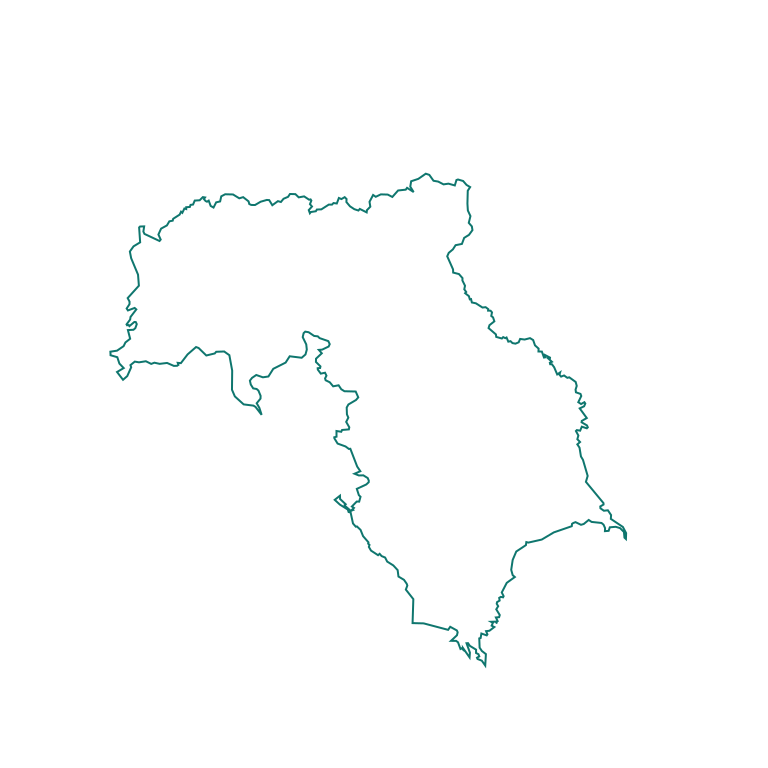 the district of Brebes, Jawa Tengah, Indonesia, rotated 139°
{"feature_id": "22746128B82312103386068", "entity_name": "Brebes", "entity_type": "district", "adm_level": 2, "iso_a3": "IDN", "parent_name": "Indonesia", "parent_adm1": "Jawa Tengah", "projection": "natural_earth1", "projection_center": [108.937, -7.053], "detail": "fine", "context": "isolated", "style": "outline", "palette": "teal", "viewbox_px": 768, "rotation_deg": 139, "n_neighbors": 0, "source": "geoboundaries", "source_scale": "gbopen_adm2", "svg_char_len": 6166}
<svg xmlns="http://www.w3.org/2000/svg" viewBox="0 0 768 768"><g transform="rotate(139 384 384)"><path d="M571.5,585.1L567.7,579.2L570.3,573.0L570.0,566.8L577.6,568.2L578.2,558.4L572.6,558.4L563.8,562.5L563.0,564.6L557.4,564.4L554.7,561.1L548.8,557.4L546.5,551.9L543.3,550.7L540.1,546.4L533.9,542.2L530.7,535.5L528.2,533.5L526.6,533.3L525.8,535.3L523.6,533.0L512.8,535.2L501.6,535.2L500.3,532.8L499.4,522.1L491.7,518.1L489.5,518.4L483.3,513.4L481.8,507.2L489.8,493.7L502.5,479.4L504.7,472.5L503.3,460.7L496.7,453.3L496.0,451.0L496.6,441.0L493.7,447.8L492.7,453.0L486.8,454.0L484.9,456.0L483.1,461.4L483.4,463.8L485.6,466.5L484.9,471.0L483.0,474.5L479.6,475.2L474.5,474.6L471.0,468.5L466.3,465.5L457.6,468.1L444.2,464.7L437.0,466.8L428.9,457.8L423.9,457.8L419.7,460.6L416.7,464.9L414.6,472.7L411.3,475.1L409.1,475.2L406.9,472.5L405.2,466.1L402.7,463.4L402.5,460.9L397.9,452.9L398.8,449.7L401.2,448.6L408.1,450.5L410.8,452.5L410.8,448.0L418.7,447.7L420.9,445.3L420.4,439.0L421.7,438.0L423.7,439.4L424.5,438.3L424.9,433.3L421.1,431.2L422.0,428.0L424.8,426.9L425.6,425.1L423.8,420.9L423.9,415.6L419.1,412.8L419.7,408.1L418.6,404.5L410.3,396.9L412.2,390.8L415.6,390.3L424.3,391.9L427.6,390.7L431.9,385.4L433.0,382.0L437.4,380.2L438.6,374.1L440.3,372.8L445.8,376.8L447.6,376.0L450.7,379.7L454.4,375.4L456.5,376.4L457.1,375.5L458.1,369.5L454.0,362.1L453.1,358.0L451.9,357.2L458.4,339.3L459.1,333.7L465.1,335.6L463.0,331.5L459.5,328.6L458.0,323.7L458.9,321.0L460.0,319.9L463.3,319.8L473.3,322.7L475.9,316.6L475.7,314.3L479.9,311.5L481.7,313.2L488.6,312.6L488.0,310.2L490.2,310.1L490.0,309.2L492.3,310.0L493.3,317.0L493.2,318.4L491.8,318.4L492.6,326.0L490.5,328.6L497.2,328.9L496.4,321.9L493.7,313.0L494.7,310.6L493.5,308.9L498.9,299.1L498.9,294.8L497.9,294.3L497.4,289.3L499.6,282.9L499.6,274.7L500.7,273.9L500.5,272.1L502.3,271.0L503.1,266.8L500.8,258.7L498.7,258.7L498.7,255.7L497.0,252.3L498.1,247.9L496.0,241.0L495.8,234.6L499.4,229.2L497.4,223.1L497.9,218.4L498.6,216.6L502.4,214.5L503.0,202.4L519.3,184.8L511.1,177.3L496.9,156.4L493.3,157.3L490.7,150.2L491.3,148.3L493.8,146.5L501.9,146.2L498.1,142.8L497.6,140.5L500.1,133.9L498.9,133.7L498.6,131.6L497.6,132.9L498.8,121.5L495.4,124.9L491.8,134.2L490.6,133.3L491.0,130.1L488.8,123.1L491.0,120.6L490.0,118.1L490.8,115.9L493.4,116.4L493.8,115.1L491.7,111.0L492.3,105.1L484.3,113.3L485.3,118.3L484.8,122.3L479.0,129.5L477.7,128.9L474.2,131.8L471.4,126.9L470.2,127.2L469.1,130.5L466.3,128.6L460.2,128.2L461.3,131.0L458.5,132.3L459.2,134.3L455.6,131.4L455.9,129.1L455.3,130.8L453.8,130.5L452.7,134.4L450.1,132.5L448.2,133.7L447.1,140.3L443.6,141.4L443.1,144.2L441.8,145.2L438.8,144.7L437.4,147.0L435.5,146.7L434.1,144.9L432.9,145.4L431.9,149.4L421.8,153.4L411.9,152.5L412.3,155.3L409.9,160.3L402.3,166.8L394.1,170.8L382.6,169.3L380.3,171.3L379.1,169.6L367.0,163.1L353.2,160.6L335.6,153.5L333.8,155.1L332.3,154.9L330.1,154.1L327.7,148.5L325.1,147.3L318.7,147.1L317.8,143.7L311.0,136.4L310.6,133.8L311.7,130.2L313.8,128.0L310.8,125.8L307.6,127.7L302.8,124.2L300.4,120.4L300.0,114.9L303.3,110.3L303.1,108.3L299.1,112.6L297.5,119.4L301.3,133.4L298.6,136.1L297.9,141.8L301.2,144.1L302.2,148.2L301.1,149.7L297.4,149.0L296.5,150.1L295.8,177.7L290.6,181.0L283.6,196.2L282.9,200.1L278.2,207.7L277.7,211.6L274.1,211.6L274.3,215.5L271.1,217.6L270.0,222.6L268.7,222.7L266.6,220.1L262.7,222.0L260.0,217.5L258.6,217.6L258.0,219.6L260.0,225.5L258.9,226.4L253.3,225.3L252.3,237.2L247.6,235.9L244.9,237.2L244.7,238.8L248.4,239.6L249.3,242.8L243.0,245.5L242.2,247.6L244.6,251.8L243.1,254.1L239.8,256.1L238.0,259.8L239.8,267.5L241.6,268.4L242.5,272.3L245.5,273.4L245.5,275.9L243.5,277.2L247.0,277.6L244.6,285.0L244.3,288.7L245.6,289.9L244.9,291.2L242.7,290.6L243.3,295.6L242.1,294.4L241.4,295.0L243.5,300.3L244.9,298.4L245.9,299.0L243.6,304.9L246.1,307.2L244.1,309.3L244.7,314.1L242.6,319.3L243.7,322.8L248.7,325.3L251.7,328.7L255.0,327.1L258.3,328.2L260.2,330.6L260.4,333.3L262.4,334.4L261.0,338.7L262.4,339.0L263.3,341.2L265.2,341.0L268.4,345.9L267.0,348.0L268.4,357.6L265.8,359.2L259.6,358.9L258.0,362.7L258.4,365.0L255.5,367.2L255.5,369.4L257.3,371.1L256.2,372.1L256.9,375.3L259.5,377.1L261.7,384.6L264.2,387.9L262.6,391.0L263.7,391.6L262.3,394.6L263.2,399.3L261.6,399.5L261.3,402.8L258.4,405.0L256.9,410.7L255.3,412.4L255.3,417.8L258.7,422.7L256.7,425.2L252.5,438.9L249.1,440.5L243.7,440.4L238.9,441.8L233.3,438.6L227.6,441.7L222.0,440.8L216.3,442.1L214.3,445.3L214.3,450.0L208.6,454.0L206.9,459.9L202.7,465.4L194.0,474.9L189.8,476.1L191.1,480.1L191.1,485.3L194.0,489.8L195.5,490.4L200.3,487.4L203.9,492.9L208.1,495.6L210.3,501.2L213.3,504.9L212.6,512.1L214.5,515.3L223.5,516.3L230.5,519.2L234.7,515.7L235.7,509.4L237.9,516.9L240.1,516.4L246.4,520.8L255.0,519.7L256.9,524.5L262.0,529.2L267.4,530.7L268.2,533.8L275.4,531.0L278.0,526.8L282.8,526.4L284.5,524.9L287.4,532.0L289.5,531.7L291.7,535.4L293.1,540.4L293.0,546.0L290.9,548.2L291.1,550.8L294.8,551.5L296.0,554.0L301.2,551.2L303.4,553.7L305.5,553.5L307.9,555.6L316.7,556.9L320.2,559.7L322.1,559.1L326.4,561.8L327.9,561.5L326.7,564.6L321.9,565.2L321.9,568.3L318.5,570.1L318.3,571.5L319.6,572.2L321.2,578.0L325.9,580.8L326.3,585.4L330.3,589.1L333.6,588.2L338.3,589.7L342.4,589.0L344.1,591.6L351.0,592.2L350.0,598.1L351.7,599.8L357.5,602.5L363.9,603.7L366.7,606.2L367.6,608.2L366.4,610.7L367.7,617.4L371.4,619.1L373.6,626.1L379.4,631.4L383.7,632.4L387.9,629.3L391.5,631.2L396.9,629.0L398.0,632.1L396.0,637.4L398.0,637.7L398.6,639.1L398.6,641.7L396.7,642.2L398.1,643.9L402.6,643.6L406.5,646.6L410.4,644.7L412.5,646.1L414.4,645.0L417.3,647.2L418.5,645.8L419.5,647.4L423.9,645.5L424.1,647.2L427.1,645.9L434.7,647.0L436.3,645.9L439.3,647.6L443.8,646.1L450.3,647.5L456.2,644.8L457.8,639.5L459.6,639.2L466.3,654.4L465.6,656.9L461.6,660.3L464.8,662.9L466.1,662.8L475.1,650.9L482.7,652.2L488.9,650.7L492.3,644.8L497.9,627.9L504.5,619.0L521.1,617.0L522.0,613.1L523.7,611.2L528.7,609.8L529.0,607.5L522.3,605.0L522.0,602.8L531.3,600.9L533.3,599.2L539.2,597.9L539.4,596.9L538.0,596.0L538.2,594.7L531.7,594.6L530.7,593.6L531.3,591.4L535.0,589.3L537.5,589.3L541.9,592.7L545.9,584.7L551.9,585.0L555.7,583.4L563.6,584.3L569.3,587.9L571.5,585.1Z" fill="none" stroke="#0f766e" stroke-width="2"/></g></svg>